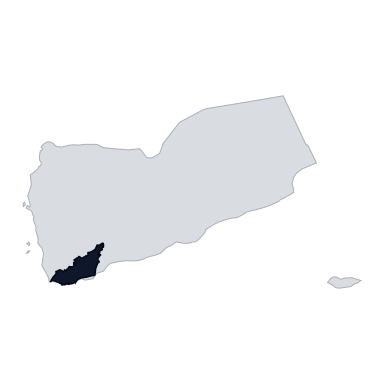 Lahij on a map of Yemen (orthographic projection)
{"feature_id": "YEM-157", "entity_name": "Lahij", "entity_type": "Governorate", "adm_level": 1, "iso_a3": "YEM", "parent_name": "Yemen", "parent_adm1": "", "projection": "orthographic", "projection_center": [44.466, 13.315], "detail": "fine", "context": "in_parent", "style": "filled", "palette": "ink", "viewbox_px": 384, "rotation_deg": 0, "n_neighbors": 0, "source": "natural_earth", "source_scale": "10m", "svg_char_len": 4901}
<svg xmlns="http://www.w3.org/2000/svg" viewBox="0 0 384 384"><path d="M316.5,162.9L302.8,168.6L299.2,171.0L295.9,173.9L293.6,177.5L292.1,183.8L293.6,189.5L293.6,192.6L290.0,194.7L286.7,196.3L283.0,198.6L280.8,199.2L278.9,201.1L276.8,202.3L269.1,205.8L260.6,208.5L247.0,211.8L241.8,215.2L237.1,217.5L229.8,218.4L219.8,221.6L214.3,224.2L207.5,228.4L206.0,229.7L204.8,232.6L202.7,235.2L198.6,239.5L195.5,241.7L193.4,241.8L189.3,243.1L184.5,243.4L176.4,242.0L174.3,243.1L172.6,244.7L166.4,247.7L160.1,253.5L155.4,255.1L147.9,257.0L142.6,259.4L139.1,260.4L134.5,260.9L126.1,260.7L118.1,261.7L110.6,263.3L107.1,266.4L103.2,271.3L96.7,273.3L95.1,275.0L93.1,278.6L88.9,279.5L85.1,280.1L81.2,278.6L73.8,282.9L71.0,283.6L66.8,283.8L63.8,284.7L61.6,284.4L59.0,282.7L53.3,280.7L49.1,282.0L48.7,277.9L41.9,265.4L43.4,254.5L43.4,253.0L42.0,248.2L38.0,243.7L38.1,238.1L36.8,234.1L35.7,230.0L36.1,228.9L36.1,227.9L34.1,221.5L33.4,220.2L33.2,218.9L33.9,217.9L33.8,216.7L32.7,214.7L31.6,211.0L26.1,208.1L27.2,205.3L28.3,206.3L29.8,207.1L30.1,205.4L30.1,204.1L27.8,195.8L31.4,184.8L30.3,175.0L35.6,171.0L36.9,169.8L37.7,168.8L38.9,166.5L40.6,165.8L41.2,163.4L41.2,162.2L40.1,161.2L39.3,158.4L39.6,154.9L39.9,153.5L40.4,150.8L42.3,149.8L42.7,149.0L41.3,147.3L41.4,146.3L44.5,143.5L45.8,142.7L47.8,141.8L49.3,141.8L51.1,142.3L52.7,143.1L54.3,144.6L55.9,146.2L58.5,146.8L60.2,146.7L61.6,147.4L62.8,147.0L64.1,146.2L66.3,146.2L68.3,145.3L73.8,144.8L79.1,145.1L84.7,144.3L90.2,144.4L95.8,144.4L97.1,144.5L98.3,145.0L103.0,147.5L106.6,148.0L113.8,148.7L121.5,149.3L128.2,149.9L133.8,149.3L138.5,148.8L139.8,148.8L141.2,150.4L144.1,154.2L146.8,157.8L151.4,158.0L154.4,156.6L157.7,154.6L159.7,153.1L161.9,147.1L163.3,143.3L166.7,138.9L169.5,135.3L173.2,130.4L175.3,127.8L179.4,122.5L183.3,120.4L190.8,116.3L198.2,112.4L203.1,109.8L207.2,108.5L214.1,107.4L222.2,106.1L230.3,104.8L239.0,103.3L248.6,101.7L255.2,100.6L263.6,99.2L270.6,98.0L276.8,96.9L283.1,95.8L284.5,98.6L285.8,101.5L287.1,104.4L288.5,107.2L289.8,110.1L291.1,112.9L292.5,115.8L293.8,118.6L295.1,121.5L296.5,124.4L297.8,127.2L299.2,130.1L300.5,132.9L301.8,135.8L303.2,138.7L304.5,141.5L305.8,144.3L307.8,145.2L309.1,147.8L311.0,151.6L312.8,155.4L314.6,159.1L316.5,162.9ZM339.9,278.9L341.7,279.2L344.2,278.1L351.8,277.7L361.0,280.5L359.3,281.5L358.3,282.7L354.4,283.9L350.5,286.6L339.0,288.2L335.6,287.7L332.7,285.3L327.5,282.4L329.4,280.3L329.8,279.4L330.6,278.5L333.4,276.9L336.3,277.0L339.9,278.9ZM29.4,244.8L29.1,245.4L28.6,245.3L26.8,243.7L28.7,242.0L29.8,243.6L29.4,244.8ZM24.2,206.0L23.3,206.6L23.0,205.5L23.6,203.0L24.6,202.2L25.2,204.1L24.8,205.2L24.2,206.0ZM28.5,252.6L26.6,253.5L27.9,251.2L29.2,250.7L29.6,250.8L28.5,252.6Z" fill="#d9dde1" stroke="#a8b0b8" stroke-width="1"/><path d="M75.4,282.8L75.3,282.5L75.2,282.4L74.5,282.7L73.7,282.9L71.9,283.8L71.2,283.8L70.7,283.8L70.1,283.8L69.1,284.3L68.4,284.4L67.9,284.2L67.6,283.8L67.9,283.8L68.6,283.9L69.0,284.0L69.3,283.8L69.3,283.4L69.1,283.1L68.7,283.4L68.0,283.3L67.1,283.6L65.4,284.6L64.6,284.8L64.1,284.8L63.4,284.5L62.5,284.9L62.1,285.0L61.6,284.6L61.1,283.6L60.6,283.4L60.1,283.3L59.6,283.1L58.8,282.5L58.3,282.3L57.8,282.1L57.2,282.0L56.6,281.9L56.2,281.8L55.1,281.2L54.5,280.9L53.5,281.0L53.3,280.8L52.8,280.5L52.6,280.4L52.3,280.3L51.9,280.5L50.3,282.1L51.3,280.0L53.5,276.6L55.1,275.0L56.1,273.5L56.2,272.9L56.1,272.4L55.9,272.0L55.9,271.6L56.3,271.3L57.3,271.2L57.7,270.9L58.2,270.7L58.6,270.3L59.2,270.0L59.7,269.9L60.3,269.9L60.8,270.2L61.4,270.4L62.4,271.0L63.0,271.5L63.7,271.8L64.2,271.9L64.4,271.4L64.3,270.0L64.5,269.8L65.6,270.5L66.3,270.6L66.6,270.3L66.7,269.7L67.0,269.1L67.4,269.0L68.0,268.9L68.3,268.7L68.3,268.3L68.3,267.8L68.5,267.5L68.9,267.3L69.2,266.6L70.4,266.8L71.6,266.8L73.1,266.5L73.8,265.9L73.9,265.3L73.8,264.7L73.8,264.0L73.8,263.5L73.6,262.9L73.7,262.5L74.4,262.4L76.2,262.3L76.5,262.0L76.4,261.5L76.1,261.1L75.2,261.0L74.9,260.8L74.4,260.6L74.1,260.1L74.3,259.7L74.8,259.4L75.3,259.1L76.1,259.0L76.3,258.9L76.3,258.6L76.3,258.4L76.4,258.2L76.7,258.1L77.1,258.1L77.6,257.9L77.9,257.6L78.2,257.3L78.5,257.1L78.8,256.5L79.9,256.9L80.3,257.3L81.5,258.2L82.2,258.1L83.2,257.4L85.2,256.6L85.6,256.0L86.1,255.7L87.2,256.1L87.8,256.0L88.0,255.5L87.9,254.8L88.0,252.6L88.6,252.5L89.5,252.4L91.9,251.5L93.1,250.6L94.3,250.0L95.3,249.1L97.1,245.1L98.7,245.2L99.2,245.3L100.1,244.8L100.7,244.2L102.2,243.3L102.8,243.2L103.2,243.4L103.6,244.9L103.4,247.1L102.4,247.4L102.2,247.8L102.1,248.8L102.2,249.4L102.1,249.8L101.7,250.1L101.3,250.3L100.2,250.5L99.9,250.9L99.7,251.3L99.8,251.8L99.8,252.3L99.7,252.7L99.2,253.1L98.1,253.8L98.1,254.2L98.5,254.4L99.9,254.5L100.4,254.7L100.6,254.9L100.3,255.3L98.7,257.1L98.0,258.3L97.9,259.5L98.0,260.3L98.4,260.8L98.8,261.0L99.1,261.4L99.2,261.7L98.9,262.3L97.6,263.3L95.7,268.5L94.9,275.1L94.7,275.4L92.3,275.6L87.1,277.0L81.2,278.0L78.6,279.0L77.4,279.7L75.4,282.8L75.4,282.8Z" fill="#0f172a" stroke="#020617" stroke-width="1.5"/></svg>